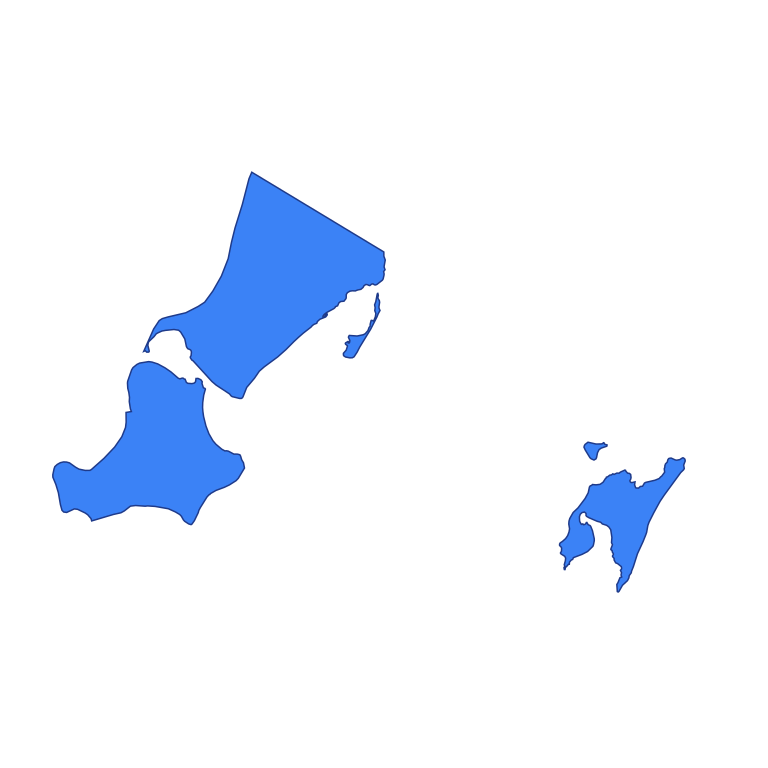 Cidade De Maputo, Maputo, Mozambique (Robinson projection), rotated 10°
{"feature_id": "85939544B59479814848654", "entity_name": "Cidade De Maputo", "entity_type": "district", "adm_level": 2, "iso_a3": "MOZ", "parent_name": "Mozambique", "parent_adm1": "Maputo", "projection": "robinson", "projection_center": [32.742, -25.953], "detail": "fine", "context": "isolated", "style": "filled", "palette": "blue", "viewbox_px": 768, "rotation_deg": 10, "n_neighbors": 0, "source": "geoboundaries", "source_scale": "gbopen_adm2", "svg_char_len": 6157}
<svg xmlns="http://www.w3.org/2000/svg" viewBox="0 0 768 768"><g transform="rotate(10 384 384)"><path d="M141.7,393.6L143.1,392.7L144.7,393.8L146.5,393.5L147.0,393.1L147.1,392.5L146.8,391.6L144.7,386.9L144.7,384.2L145.1,383.0L149.3,377.3L151.0,374.1L152.3,373.0L156.1,370.4L159.6,369.1L167.7,366.8L172.4,366.7L174.7,368.1L180.0,374.2L182.9,381.4L183.6,382.3L184.6,383.3L187.3,383.9L188.1,384.5L188.8,385.9L189.1,389.5L188.5,391.1L188.9,392.0L190.6,393.8L191.9,394.3L214.1,411.4L218.8,414.2L233.6,420.6L235.4,422.2L236.7,422.8L244.2,423.3L246.0,423.0L247.0,422.1L247.4,420.9L249.4,411.2L255.4,400.9L259.0,393.0L263.1,387.9L274.6,375.8L281.5,367.1L287.9,357.9L291.6,353.0L295.7,347.9L302.2,340.7L303.3,338.9L304.7,337.4L307.2,335.9L307.6,334.0L309.6,331.4L314.9,328.1L316.0,326.1L316.0,325.3L315.9,324.9L315.3,324.8L314.6,325.7L313.8,328.2L312.3,328.7L312.1,327.8L313.0,325.9L315.2,323.5L321.5,318.5L322.6,317.1L322.7,316.3L324.7,315.1L325.5,311.9L327.0,310.3L330.2,309.4L331.7,306.6L331.8,305.7L331.3,302.4L332.1,300.4L334.3,298.5L336.7,297.7L339.6,297.3L341.7,296.0L344.8,294.8L346.6,292.6L347.3,290.6L348.9,289.1L350.4,289.1L352.5,289.6L353.1,289.4L354.3,287.9L355.7,287.3L357.4,288.0L358.6,287.9L359.8,287.1L364.4,282.0L364.9,280.7L365.1,277.1L365.0,275.6L364.1,273.3L365.2,271.3L363.8,268.8L363.7,267.8L363.7,261.7L361.7,258.2L360.9,254.0L217.0,198.4L215.4,205.3L213.3,231.8L210.2,256.2L209.2,270.7L208.8,287.6L205.1,306.0L199.3,322.2L193.2,334.6L187.5,339.9L176.4,348.3L159.6,355.5L154.3,358.1L151.6,360.6L147.6,369.8L141.7,393.6ZM119.9,569.6L140.3,559.4L147.3,556.5L150.3,554.1L155.5,548.3L160.5,546.8L170.0,545.8L172.4,545.1L179.8,544.3L193.3,544.3L200.7,546.2L205.5,548.0L207.4,549.4L210.0,552.6L211.5,553.8L215.9,555.7L218.4,556.0L219.2,555.3L221.0,551.5L223.4,543.0L223.6,540.7L224.6,537.6L229.2,526.2L230.8,523.6L231.7,523.0L232.1,522.1L237.0,518.0L244.8,513.4L249.3,510.2L255.1,504.9L256.9,502.2L261.2,491.0L259.3,486.0L257.0,483.3L255.3,479.9L254.3,478.7L251.9,478.5L248.3,479.1L242.5,477.2L240.7,477.1L238.9,477.5L235.6,476.4L228.9,472.5L225.3,469.5L220.2,463.4L215.9,456.2L212.0,447.4L210.4,442.5L209.4,438.6L208.7,433.7L208.4,426.2L209.0,420.0L208.4,419.4L206.8,419.1L204.7,415.1L204.6,413.3L202.9,411.6L199.9,410.8L197.9,411.2L198.0,414.3L197.6,415.3L196.7,416.2L194.7,417.0L190.5,417.4L189.0,416.6L187.3,413.8L186.5,413.9L185.5,413.2L184.3,413.2L182.0,414.4L180.3,414.0L172.1,409.1L165.5,406.1L157.7,403.5L151.8,402.7L148.4,402.8L139.8,405.8L137.3,407.6L134.0,411.4L133.0,413.9L131.1,425.8L131.2,427.6L132.4,432.7L134.2,436.7L135.7,441.4L136.2,445.6L138.6,452.6L140.0,455.0L134.9,456.8L136.7,466.4L137.0,471.7L135.0,481.4L129.7,492.9L121.1,505.9L110.8,518.9L109.5,520.1L104.8,521.0L98.4,520.8L94.7,519.5L88.0,516.3L84.9,516.0L81.9,516.4L78.9,517.7L76.2,519.9L74.2,522.5L73.8,524.8L73.6,530.9L74.1,533.3L78.3,539.9L82.2,547.6L86.3,559.0L88.8,564.3L90.8,565.7L93.8,565.6L100.7,560.8L104.0,560.6L112.1,562.9L114.9,564.2L118.8,567.4L119.9,569.6ZM694.0,407.5L693.4,405.8L691.8,404.8L690.8,404.9L688.4,407.1L685.5,408.2L684.0,408.2L679.8,407.1L678.7,407.3L677.3,408.0L676.7,409.3L676.5,411.8L675.1,413.8L674.8,415.7L675.0,417.2L674.7,418.8L675.7,422.1L673.5,426.5L672.6,427.4L671.4,429.3L667.6,431.7L658.9,435.4L657.7,436.3L656.4,439.8L654.2,440.4L652.8,442.3L650.6,442.6L649.8,442.4L648.3,439.8L648.2,436.8L645.6,437.9L644.3,438.1L643.5,437.6L642.9,436.5L643.5,434.8L643.5,433.1L642.6,430.2L641.1,429.4L639.4,429.5L637.1,427.7L636.9,427.1L636.2,426.9L632.1,429.7L631.0,431.0L628.8,431.3L626.2,433.1L625.0,432.7L623.8,434.0L622.1,434.6L620.4,436.5L619.2,437.1L619.1,438.0L618.5,438.7L616.8,442.7L614.2,445.3L610.3,446.5L606.7,446.8L606.1,447.8L604.8,448.5L604.2,449.8L604.0,455.7L601.9,461.9L596.6,472.3L592.6,477.7L590.3,484.2L590.0,486.9L590.3,489.8L591.9,494.4L591.9,497.6L591.2,501.4L589.7,504.7L587.0,508.1L585.1,509.9L584.7,511.2L585.0,512.6L586.5,513.6L587.4,514.7L587.8,517.8L587.1,519.8L587.8,520.6L591.9,522.3L593.1,523.9L593.3,526.7L592.9,530.7L593.7,532.1L593.1,533.6L593.8,535.4L594.4,535.4L594.6,534.6L594.4,533.7L594.6,533.0L595.4,532.2L597.0,529.5L597.8,529.3L597.6,527.1L599.2,524.6L600.2,524.1L600.7,522.1L608.6,517.4L613.6,513.6L617.9,507.6L618.2,506.0L618.3,501.8L617.9,499.8L614.8,492.3L612.3,488.3L611.5,487.6L609.5,487.1L607.8,485.1L607.3,485.3L606.9,486.7L606.0,487.5L605.0,487.9L604.3,487.3L603.5,487.4L603.2,487.9L602.3,487.6L600.5,485.2L599.5,480.9L599.9,478.2L601.4,476.2L603.6,475.3L605.1,476.1L605.5,476.7L605.8,478.5L606.6,479.2L609.0,480.1L617.8,482.2L621.4,482.5L623.3,483.9L627.8,484.5L630.3,485.8L632.6,488.2L635.1,495.6L635.6,500.7L636.9,502.6L636.1,507.0L636.2,507.7L637.6,508.5L638.0,509.8L639.3,511.3L639.5,512.0L638.9,513.7L639.1,514.3L640.9,515.8L641.2,517.4L643.2,519.9L645.2,520.3L649.4,522.6L650.0,524.1L650.0,525.1L649.2,526.4L650.7,528.6L650.6,530.9L651.6,532.8L650.0,533.8L648.9,539.0L648.1,541.0L649.8,547.9L650.7,548.2L651.4,547.5L653.8,540.8L657.9,535.4L658.8,532.5L658.8,530.1L660.3,527.0L660.3,525.2L661.3,520.5L663.1,507.1L666.5,494.2L668.0,487.0L668.4,484.5L668.4,477.6L669.0,474.1L672.0,464.1L676.2,451.7L679.3,444.7L691.6,419.7L693.9,416.5L694.4,415.2L693.2,411.8L694.0,407.5ZM361.3,332.5L365.4,319.2L366.1,315.8L367.3,312.3L366.0,310.3L365.6,308.8L365.5,304.3L364.9,302.6L363.4,301.0L363.0,300.0L363.0,297.6L362.2,295.8L361.9,295.9L361.7,296.7L361.6,304.4L361.0,307.7L362.0,310.3L362.2,313.4L363.7,315.9L363.8,319.3L363.1,322.7L362.7,323.8L360.9,323.4L360.3,323.7L360.0,327.4L360.3,329.6L359.5,330.8L358.9,334.2L356.8,337.7L355.0,339.1L349.2,341.4L341.4,342.2L340.9,343.3L340.9,344.3L342.8,347.0L342.9,348.7L342.7,349.5L342.2,349.8L341.6,349.7L341.6,348.5L341.2,348.3L339.0,350.2L338.9,351.0L339.4,351.6L341.3,352.6L341.4,353.4L340.9,357.2L338.7,360.8L339.0,362.5L339.6,363.3L341.4,364.1L345.6,364.2L348.2,363.7L349.8,362.4L352.0,357.3L353.7,351.8L361.3,332.5ZM611.6,404.9L611.0,403.8L610.3,403.7L609.5,404.8L608.4,405.3L603.2,406.3L595.0,405.9L592.5,408.6L592.0,410.0L591.9,411.5L593.7,414.1L599.6,420.8L601.0,421.7L604.0,422.4L605.7,421.0L606.1,419.6L606.2,414.6L607.2,411.3L609.1,409.4L614.2,406.6L614.3,405.3L611.6,404.9Z" fill="#3b82f6" stroke="#1e3a8a" stroke-width="1.5"/></g></svg>